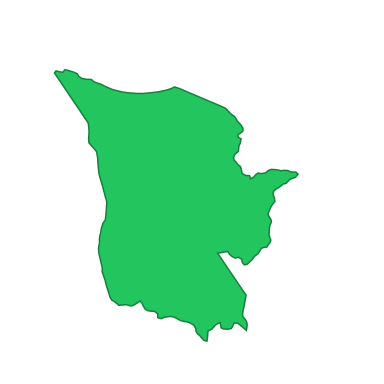 Itapemirim, Espírito Santo, Brazil (Mercator projection), rotated 257°
{"feature_id": "56859067B73479651555060", "entity_name": "Itapemirim", "entity_type": "district", "adm_level": 2, "iso_a3": "BRA", "parent_name": "Brazil", "parent_adm1": "Espírito Santo", "projection": "mercator", "projection_center": [-40.954, -20.988], "detail": "fine", "context": "isolated", "style": "filled", "palette": "green", "viewbox_px": 384, "rotation_deg": 257, "n_neighbors": 0, "source": "geoboundaries", "source_scale": "gbopen_adm2", "svg_char_len": 3019}
<svg xmlns="http://www.w3.org/2000/svg" viewBox="0 0 384 384"><g transform="rotate(257 192 192)"><path d="M44.9,213.8L47.2,214.8L49.8,215.8L52.6,216.1L55.6,215.4L59.4,213.4L62.1,214.0L64.6,215.0L67.8,216.5L79.4,221.5L82.5,220.2L91.6,216.7L113.9,208.1L126.6,203.2L126.0,213.5L122.8,214.6L120.0,216.6L117.9,219.3L118.0,222.6L115.3,225.3L111.8,225.2L109.2,226.6L109.2,229.5L110.9,232.4L112.4,235.2L115.3,238.5L117.1,242.7L119.6,245.0L121.4,246.7L121.9,249.6L121.5,252.5L123.7,254.6L125.1,256.6L127.4,258.0L130.0,257.6L133.0,257.4L136.4,258.6L139.1,259.2L142.1,260.5L145.0,262.7L147.6,262.7L150.1,261.7L153.3,261.0L156.2,262.9L160.1,265.9L162.5,268.4L164.0,270.6L167.8,271.0L171.2,270.4L174.3,271.7L175.8,274.1L176.9,277.5L177.8,279.9L179.2,282.3L179.3,285.7L182.3,290.2L183.1,296.2L185.4,299.3L188.0,297.8L189.3,292.9L191.3,290.3L192.4,286.7L192.6,283.7L194.2,280.5L195.4,277.3L196.2,274.2L195.7,271.0L194.1,268.2L194.3,263.8L195.6,260.5L194.5,258.0L192.6,255.5L191.7,251.9L195.0,251.8L196.0,248.0L198.8,245.0L203.0,245.1L205.9,244.9L208.5,242.9L211.6,241.4L213.7,240.1L216.4,240.3L219.1,242.3L221.2,246.4L225.9,247.9L228.9,250.1L232.8,251.8L234.7,249.3L237.6,249.6L238.6,253.0L240.1,255.4L242.4,256.0L245.2,255.2L248.3,253.6L251.1,252.0L253.6,251.4L256.4,250.1L259.6,247.2L262.6,245.5L265.6,243.9L268.5,240.3L272.1,235.4L276.9,228.7L283.9,219.1L286.3,215.8L289.7,211.2L295.5,203.2L298.3,198.7L297.5,195.2L297.1,191.7L297.0,188.3L297.1,185.6L297.1,182.2L297.5,178.7L298.0,174.2L298.4,170.8L299.0,166.4L299.8,163.3L300.5,160.1L302.8,152.8L303.7,150.3L305.1,146.6L306.6,143.6L308.7,139.5L309.9,137.3L314.3,131.3L317.3,127.8L319.2,124.7L321.2,121.6L324.5,119.0L325.4,115.0L327.1,110.7L329.9,107.7L333.0,106.9L335.6,103.4L337.3,100.3L338.6,98.1L339.8,95.8L337.7,92.9L339.1,89.7L340.6,86.7L338.9,84.7L324.8,90.2L321.1,91.6L312.6,94.8L304.2,98.1L282.8,106.3L279.8,106.1L275.0,105.5L270.9,104.4L267.4,103.3L263.1,102.6L259.8,104.4L257.2,105.9L252.9,108.0L248.9,107.9L245.4,107.6L243.0,107.1L237.6,106.3L233.7,105.8L231.0,105.5L228.3,105.5L225.6,105.7L222.7,105.9L220.0,106.0L217.7,106.2L214.7,106.2L210.6,106.4L207.6,106.4L204.3,106.7L201.8,106.7L199.4,106.2L197.1,105.4L193.9,104.5L190.2,103.3L187.5,102.4L184.3,101.2L181.5,98.1L176.3,95.2L173.0,93.9L170.0,92.3L166.4,91.0L163.4,90.5L160.6,89.2L158.1,88.2L153.9,87.5L150.5,87.5L147.0,87.5L137.8,87.5L134.8,86.5L125.2,87.5L121.1,87.5L107.8,88.5L104.8,89.4L102.0,92.4L98.1,95.2L97.4,99.3L97.1,102.4L94.5,107.3L95.1,110.5L96.0,113.1L97.4,116.8L95.1,118.2L91.4,119.0L88.0,120.3L86.2,122.5L84.9,125.8L84.1,128.7L80.9,131.2L77.3,130.3L75.5,133.5L76.2,137.4L75.6,142.9L74.6,145.7L72.3,148.6L70.1,150.9L68.7,153.1L67.5,155.4L66.6,157.9L65.0,160.6L61.5,164.1L57.7,164.9L55.1,164.6L52.3,165.6L50.2,167.3L47.3,168.8L44.5,170.5L43.4,173.1L47.7,174.7L52.8,176.2L53.8,180.2L55.2,182.4L56.8,184.4L58.0,187.3L58.4,190.1L55.6,189.9L53.0,189.9L51.4,192.0L50.2,196.5L50.1,199.5L52.0,201.3L54.8,203.4L54.1,206.8L51.6,208.9L44.9,213.8Z" fill="#22c55e" stroke="#15803d" stroke-width="1.5"/></g></svg>